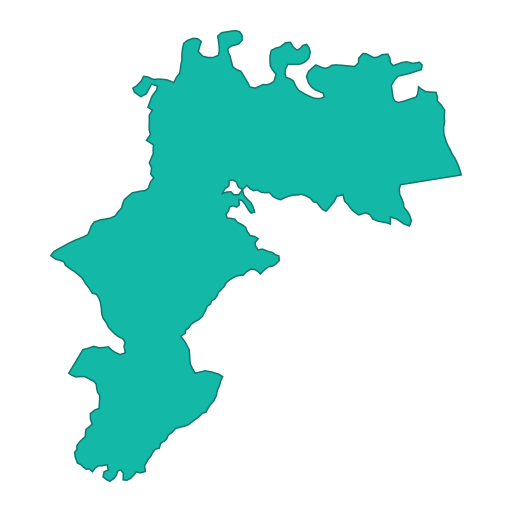 Entre-Ijuís, Rio Grande do Sul, Brazil
{"feature_id": "56859067B25035213564080", "entity_name": "Entre-Ijuís", "entity_type": "district", "adm_level": 2, "iso_a3": "BRA", "parent_name": "Brazil", "parent_adm1": "Rio Grande do Sul", "projection": "albers", "projection_center": [-54.301, -28.49], "detail": "fine", "context": "isolated", "style": "filled", "palette": "teal", "viewbox_px": 512, "rotation_deg": 0, "n_neighbors": 0, "source": "geoboundaries", "source_scale": "gbopen_adm2", "svg_char_len": 5593}
<svg xmlns="http://www.w3.org/2000/svg" viewBox="0 0 512 512"><path d="M406.6,61.8L401.8,62.5L398.3,63.8L393.1,65.6L390.4,62.6L389.9,58.3L387.9,54.2L382.2,54.6L377.7,57.1L374.0,57.6L370.7,56.1L366.5,53.9L363.1,53.4L358.7,58.2L358.4,63.0L354.6,66.5L341.9,65.3L335.9,64.9L331.8,65.2L328.8,67.3L325.3,68.3L321.1,67.2L315.8,64.9L308.5,71.3L306.5,76.6L308.5,82.8L311.1,86.6L315.0,89.7L318.3,91.1L323.0,93.1L324.4,96.7L321.4,98.2L318.1,98.6L313.4,98.0L306.0,94.7L298.4,90.1L295.8,86.2L293.4,81.0L289.8,78.6L286.0,77.4L285.0,73.3L285.5,69.2L287.7,64.4L298.1,64.4L302.0,63.5L305.2,61.7L308.9,58.0L310.3,52.0L308.9,47.7L306.6,44.3L302.9,45.4L300.0,48.6L296.9,50.2L293.3,47.0L290.4,42.3L285.5,42.7L280.3,46.9L275.6,48.2L271.3,50.4L270.0,55.6L270.0,61.6L270.3,65.7L272.2,69.5L276.0,74.3L274.0,81.4L269.8,83.9L266.4,84.8L263.0,84.5L259.3,86.3L255.1,88.1L249.6,86.9L248.3,83.6L246.0,79.7L243.2,75.0L240.8,71.2L236.8,69.8L232.8,66.7L231.3,61.2L230.0,55.9L228.1,52.4L227.9,48.7L230.8,46.1L234.3,45.3L238.7,44.0L242.2,40.2L242.0,34.9L239.6,31.7L235.8,30.7L231.7,31.0L227.5,31.7L221.6,32.7L217.7,36.0L218.3,39.9L219.1,46.0L219.3,50.7L218.3,55.4L213.0,57.5L208.1,57.5L202.7,56.2L198.3,51.4L199.8,46.0L201.3,41.5L197.6,38.7L193.1,38.3L187.3,40.5L183.8,43.3L182.6,48.3L181.9,54.5L181.9,60.0L180.8,65.1L179.8,73.1L176.5,77.2L173.9,82.6L167.6,80.0L163.6,79.4L158.7,79.1L153.2,79.4L148.3,77.1L143.8,76.3L141.1,81.2L136.5,86.0L132.9,88.1L134.3,92.1L140.9,96.7L146.2,93.9L151.6,84.0L157.6,86.3L156.6,90.0L152.1,96.1L147.9,107.2L152.4,110.0L149.2,115.3L149.3,120.4L149.1,129.4L150.4,134.6L146.4,140.3L153.5,144.9L153.1,149.8L153.3,153.4L149.3,162.8L151.6,167.9L150.7,174.1L153.7,177.9L150.4,182.2L148.3,188.3L145.3,190.6L140.6,191.1L132.1,192.9L124.2,199.8L122.5,204.3L121.6,208.0L118.1,211.8L115.2,215.9L110.8,217.9L105.2,219.1L100.7,219.7L94.1,222.1L91.1,226.3L89.6,230.5L87.8,234.6L83.6,236.8L79.8,238.4L75.1,240.2L70.5,242.4L67.2,244.1L62.7,246.6L57.2,249.6L53.8,251.6L50.7,255.7L55.8,259.2L60.2,260.4L63.9,261.7L65.5,265.4L68.3,267.4L71.6,269.8L74.5,271.6L78.1,274.5L82.5,278.3L85.6,283.7L89.2,288.2L92.4,293.3L96.4,294.2L98.9,298.1L100.4,302.3L101.3,307.9L101.8,314.1L103.2,318.4L106.2,322.5L108.6,327.4L111.6,330.6L114.6,333.8L118.2,336.5L122.9,338.8L125.1,342.5L124.0,346.3L125.4,352.8L120.0,354.6L114.9,352.2L111.8,350.1L108.5,346.9L103.3,347.5L98.6,347.7L93.7,346.3L89.7,347.7L86.0,348.9L82.9,349.6L68.8,373.2L71.9,375.3L75.8,376.9L80.6,376.6L85.0,376.7L94.1,381.5L96.3,384.4L96.7,388.6L97.7,392.5L99.8,395.5L99.4,402.7L99.1,408.4L95.0,409.9L90.3,413.6L90.4,419.0L92.2,424.2L89.1,426.9L86.1,429.3L85.4,432.8L85.4,436.5L82.8,438.8L79.7,441.8L76.9,445.6L76.9,449.5L74.6,452.3L75.3,457.3L77.5,463.2L80.7,464.5L83.2,467.0L86.1,469.2L89.4,468.9L92.4,471.7L95.0,468.3L98.3,465.8L102.7,465.7L107.0,464.6L108.3,469.9L104.1,471.7L103.0,476.9L106.6,479.7L109.8,481.3L113.8,478.6L116.5,475.1L117.7,470.9L120.8,469.9L123.3,473.1L123.1,479.8L126.7,480.3L130.5,478.5L133.8,475.1L136.3,471.9L140.3,472.9L145.3,471.5L144.6,465.7L147.8,460.0L150.9,456.0L152.8,452.3L155.3,449.2L159.3,448.2L160.6,443.3L164.1,441.3L166.6,439.1L168.2,435.2L172.2,432.2L175.6,428.4L180.8,427.0L184.7,426.2L189.0,424.3L194.2,420.2L199.0,416.7L202.3,413.3L206.1,412.1L207.8,408.6L210.1,405.0L213.9,400.7L216.4,395.6L217.3,390.5L219.3,386.1L220.7,381.0L222.6,376.6L218.8,374.2L211.1,371.8L205.1,370.8L200.0,372.1L195.1,373.1L192.5,368.7L190.3,363.9L189.8,358.8L189.6,354.2L189.2,349.8L187.5,346.5L185.4,342.5L183.1,339.3L180.8,336.3L185.2,333.3L185.8,329.8L188.7,328.0L190.7,324.7L194.6,321.8L198.8,319.6L202.4,316.3L205.0,311.5L207.4,306.0L210.3,304.2L211.8,300.6L214.8,299.0L217.1,295.9L218.3,292.5L220.7,290.1L224.1,286.6L226.4,282.6L228.9,280.4L231.7,278.6L235.5,276.4L239.9,275.3L243.2,275.2L246.2,272.0L250.8,269.1L254.9,269.6L257.9,271.5L260.3,274.0L263.5,270.6L268.4,266.8L272.6,266.1L276.0,263.9L279.4,260.3L278.8,255.9L275.4,254.8L272.7,252.6L268.2,251.4L262.3,249.1L257.9,249.8L255.5,246.0L255.3,242.3L258.2,238.7L254.6,236.4L250.0,235.5L247.0,231.0L245.6,227.3L242.5,224.9L237.2,222.2L234.8,219.1L230.5,218.3L227.1,218.1L226.0,214.5L228.7,210.6L229.4,207.0L233.0,205.8L236.6,207.1L239.4,204.8L238.8,199.6L242.2,200.7L245.3,204.6L248.7,210.3L251.0,213.1L254.6,212.1L253.3,207.4L251.0,202.8L247.9,199.8L243.8,195.2L242.5,189.7L246.7,185.3L250.0,188.7L253.5,190.7L257.0,189.9L261.4,192.3L265.5,192.7L269.5,192.5L273.0,196.4L276.7,198.5L280.5,199.8L284.1,198.0L287.9,196.5L292.8,195.1L297.1,195.0L301.3,194.3L305.7,195.7L310.1,198.0L313.7,202.0L317.1,202.6L319.6,206.3L322.6,209.4L325.9,211.2L328.5,208.6L330.8,205.6L334.1,201.6L336.8,196.3L343.0,194.7L344.6,201.1L348.3,205.0L350.3,207.8L353.1,211.0L358.7,215.0L365.5,212.8L370.0,214.6L372.8,219.0L378.4,221.3L383.0,222.1L387.0,222.9L390.4,224.1L390.5,217.0L397.1,219.2L403.5,223.7L409.5,226.0L411.4,220.6L409.6,215.1L407.6,211.7L403.9,207.3L403.4,203.2L402.2,199.8L399.7,194.3L399.3,189.0L400.4,184.7L461.3,174.9L460.1,170.9L458.7,166.7L457.2,163.1L455.1,158.6L452.1,154.0L449.9,149.2L448.1,146.0L446.5,142.5L445.2,138.4L443.9,133.7L443.6,127.4L444.6,122.2L444.3,116.1L444.7,110.3L441.0,104.7L437.3,101.0L437.4,97.2L436.1,92.4L431.3,92.0L426.0,91.8L421.5,89.2L418.5,86.8L418.2,90.5L417.6,94.0L416.0,97.2L409.8,99.1L404.3,101.0L398.8,102.5L395.1,101.3L393.2,98.1L392.2,91.6L391.4,85.5L394.8,79.7L398.1,76.1L408.6,73.7L421.4,69.6L422.1,64.9L419.4,62.2L413.0,63.4L406.6,61.8ZM242.5,189.7L238.8,194.6L234.0,194.9L230.8,191.7L226.3,192.1L222.4,193.6L224.9,188.7L228.9,185.9L229.2,180.6L232.8,179.9L236.6,182.2L238.3,187.0L242.5,189.7Z" fill="#14b8a6" stroke="#0f766e" stroke-width="1.5"/></svg>